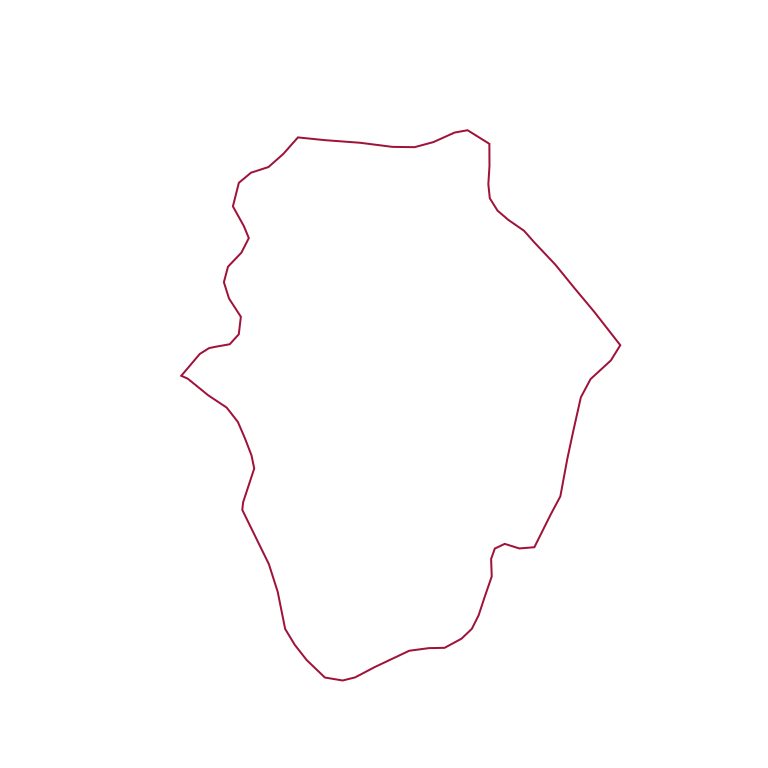 Lèkoni-Lèkori, Haut-Ogooué, Gabon, rotated 142°
{"feature_id": "22940354B21912666573849", "entity_name": "Lèkoni-Lèkori", "entity_type": "district", "adm_level": 2, "iso_a3": "GAB", "parent_name": "Gabon", "parent_adm1": "Haut-Ogooué", "projection": "natural_earth1", "projection_center": [13.947, -1.086], "detail": "fine", "context": "isolated", "style": "outline", "palette": "rose", "viewbox_px": 768, "rotation_deg": 142, "n_neighbors": 0, "source": "geoboundaries", "source_scale": "gbopen_adm2", "svg_char_len": 1114}
<svg xmlns="http://www.w3.org/2000/svg" viewBox="0 0 768 768"><g transform="rotate(142 384 384)"><path d="M573.2,372.0L579.1,343.9L585.6,313.0L595.7,285.7L612.7,251.8L614.9,233.5L614.9,214.1L611.3,189.1L599.1,175.8L587.4,170.6L565.8,166.7L528.4,158.3L511.2,148.2L498.7,138.8L479.7,135.6L465.5,137.0L451.8,143.5L436.4,153.8L417.6,166.0L407.3,180.2L398.0,186.1L387.3,183.7L378.6,171.1L366.0,162.8L333.1,178.5L314.2,186.9L285.7,212.1L264.3,230.0L237.1,252.3L218.2,260.7L190.7,262.9L173.9,269.1L173.9,311.4L174.9,342.5L175.5,372.5L178.4,403.5L179.3,418.5L185.0,436.8L187.8,450.6L186.3,465.2L178.7,477.3L166.7,490.8L153.1,508.4L161.9,532.5L173.6,538.7L196.1,544.2L214.1,551.8L231.4,565.7L254.2,588.7L280.4,612.5L300.0,631.3L321.7,627.3L341.4,626.1L358.7,632.4L374.5,631.9L393.7,617.0L397.2,594.8L400.7,582.2L415.5,575.3L434.7,572.5L447.5,562.8L453.5,546.8L455.4,525.1L467.8,512.6L481.1,510.3L493.9,517.1L499.8,520.0L510.7,521.1L529.9,517.1L538.7,515.3L535.4,509.1L529.5,483.4L522.5,462.3L522.5,444.1L527.0,426.9L532.4,409.2L538.3,397.3L567.9,377.5L573.2,372.0Z" fill="none" stroke="#9f1239" stroke-width="2"/></g></svg>